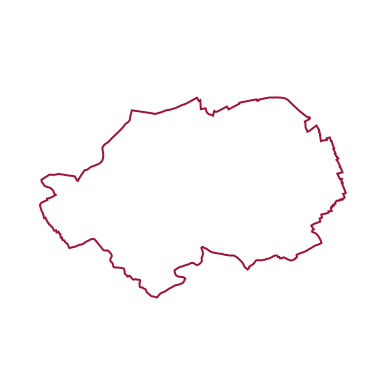 Sawaeng Ha, Ang Thong, Thailand, rotated 166°
{"feature_id": "78962969B63789793815437", "entity_name": "Sawaeng Ha", "entity_type": "district", "adm_level": 2, "iso_a3": "THA", "parent_name": "Thailand", "parent_adm1": "Ang Thong", "projection": "albers", "projection_center": [100.286, 14.749], "detail": "fine", "context": "isolated", "style": "outline", "palette": "rose", "viewbox_px": 384, "rotation_deg": 166, "n_neighbors": 0, "source": "geoboundaries", "source_scale": "gbopen_adm2", "svg_char_len": 5935}
<svg xmlns="http://www.w3.org/2000/svg" viewBox="0 0 384 384"><g transform="rotate(166 192 192)"><path d="M43.1,153.9L43.1,154.9L43.4,156.7L43.7,159.5L44.2,161.6L44.2,162.3L44.4,164.5L43.7,164.2L43.7,165.4L43.9,165.6L44.5,165.7L44.5,165.8L44.3,166.8L43.3,168.5L45.5,168.8L45.5,169.9L45.6,170.4L46.5,174.1L46.1,174.2L46.3,174.7L41.3,174.7L41.5,176.2L41.6,178.0L42.4,180.2L42.0,180.2L43.0,186.2L44.0,188.2L41.9,189.1L42.8,191.2L43.1,191.0L44.1,194.5L43.4,194.6L44.2,198.7L44.3,198.7L44.4,200.0L43.5,200.1L44.1,204.6L44.3,208.0L44.9,208.0L45.1,211.6L48.5,211.5L48.5,209.9L53.1,210.3L53.5,210.2L54.5,210.1L54.4,213.3L54.1,214.9L54.0,216.3L53.8,216.3L54.1,219.2L53.8,219.2L54.0,221.9L53.8,221.9L55.2,226.4L61.6,223.7L62.7,223.1L65.4,222.5L65.5,223.8L66.2,227.4L65.5,230.2L65.4,231.4L65.5,233.1L63.9,233.4L61.8,234.0L59.8,234.8L59.7,235.1L60.1,236.2L61.1,236.3L61.5,236.4L61.9,236.7L62.3,237.1L67.9,244.3L74.5,254.5L75.8,256.8L77.1,258.6L78.4,259.8L79.1,260.3L80.3,261.0L82.2,261.8L85.6,262.9L94.4,265.0L96.3,265.1L97.8,265.3L100.2,265.2L101.5,265.4L105.0,265.4L105.1,264.6L105.8,264.6L107.0,265.1L106.9,266.1L107.1,266.3L124.1,267.2L124.4,267.1L124.6,266.3L124.8,266.2L136.5,263.3L137.5,266.5L147.9,263.9L149.4,264.0L150.8,265.2L153.2,260.9L154.3,262.1L156.6,263.2L156.9,263.4L158.1,265.3L158.5,266.2L158.6,269.9L163.4,270.3L161.7,279.1L163.4,278.6L164.4,282.3L176.2,279.2L178.4,278.9L181.2,278.7L187.2,277.5L193.2,277.2L195.1,277.4L198.1,277.5L200.1,277.1L203.4,276.8L208.0,276.7L208.8,276.6L212.8,278.5L230.6,285.8L233.5,280.4L234.9,277.0L236.1,275.9L237.1,275.3L239.7,274.3L240.7,273.7L242.1,272.5L243.7,271.2L246.9,269.2L256.7,263.6L261.4,260.6L265.2,259.3L267.0,257.9L268.2,256.7L268.4,255.9L269.0,250.1L269.3,248.8L270.0,246.8L271.0,244.8L272.0,243.7L272.8,243.1L273.9,242.5L275.0,242.0L275.8,241.8L278.6,241.4L280.3,241.1L282.5,241.0L284.2,240.7L288.0,239.1L288.9,239.0L290.7,239.1L291.1,239.0L295.7,234.9L299.6,231.0L299.9,230.5L300.5,230.7L300.8,231.0L300.9,232.2L301.1,232.6L301.4,233.0L301.7,235.0L301.9,235.3L302.2,235.7L304.9,236.8L310.4,238.9L312.4,239.9L314.7,240.8L316.6,241.6L318.2,241.9L320.3,241.8L322.4,242.2L325.0,242.9L325.9,243.4L335.1,240.3L335.3,238.6L335.3,237.8L334.8,236.9L334.4,236.0L334.0,234.2L332.2,232.5L328.7,230.4L328.0,229.7L326.3,226.8L326.2,224.6L325.9,223.7L325.6,223.1L324.9,222.4L324.8,222.2L329.6,220.9L331.7,220.7L334.2,220.7L334.4,220.4L334.2,219.6L334.2,219.3L340.7,218.1L341.3,217.7L342.5,216.4L342.7,216.1L342.7,213.4L342.4,209.3L341.8,207.6L341.8,202.4L340.4,202.6L340.1,200.6L339.0,196.5L338.5,195.3L338.3,195.4L337.6,194.0L335.9,191.2L335.1,187.8L333.2,187.8L333.2,185.5L331.2,185.9L330.6,183.2L330.0,183.1L330.0,181.9L330.5,179.6L329.1,179.1L329.4,177.7L329.3,176.8L327.9,176.1L326.6,173.1L325.4,171.8L324.6,167.3L320.2,167.3L319.0,167.2L316.6,167.5L316.2,167.7L315.1,167.8L313.6,168.0L313.2,167.8L311.4,167.8L309.2,168.3L306.7,169.4L305.5,169.7L303.6,170.0L301.6,170.6L300.9,170.6L299.3,170.4L298.7,170.2L298.3,170.0L298.0,169.5L297.1,168.0L292.0,157.0L291.6,156.6L291.3,156.5L288.0,155.7L287.5,155.2L285.8,152.4L285.4,151.1L285.3,150.6L285.3,149.5L285.4,149.1L285.8,148.5L287.3,147.1L287.7,146.0L287.8,145.0L287.7,144.2L286.7,142.9L286.3,142.2L286.3,140.7L286.4,139.2L286.4,138.7L286.1,138.1L285.9,137.8L279.0,135.5L276.8,134.3L276.6,134.0L276.6,131.1L276.7,130.3L277.1,129.7L277.1,129.4L276.7,128.4L275.6,127.2L275.2,125.6L274.7,125.4L273.2,126.0L272.8,125.9L272.6,125.5L270.8,121.9L270.2,121.2L269.7,121.1L267.6,121.0L265.7,119.9L264.0,119.5L263.8,119.2L263.8,118.2L264.1,117.5L264.9,116.4L265.2,115.6L265.5,113.4L265.5,112.7L265.5,112.3L265.0,111.9L263.4,111.5L262.1,109.9L261.2,109.4L260.7,109.0L260.5,108.5L260.3,106.5L260.1,105.8L259.1,104.2L256.9,101.1L256.2,100.5L253.5,99.4L252.6,98.7L251.9,98.2L251.5,98.2L250.4,98.9L248.4,100.5L246.3,101.4L242.1,102.1L237.2,103.9L234.4,104.5L231.3,105.4L230.3,105.6L228.9,105.3L226.8,105.4L223.7,105.8L223.1,105.9L222.6,106.3L221.0,107.6L220.2,109.1L219.5,109.6L220.0,110.5L220.7,111.2L222.3,112.0L223.5,112.4L224.2,112.6L225.7,113.3L226.9,114.2L227.4,114.7L227.8,115.6L228.1,116.7L228.1,118.9L227.7,120.3L223.2,122.0L219.4,122.2L215.7,122.6L213.1,122.6L210.2,123.3L209.0,123.1L207.9,122.8L207.1,122.1L205.8,120.4L205.3,120.2L204.5,119.9L204.0,119.9L203.1,120.0L202.5,120.2L200.2,121.5L199.4,122.4L199.0,122.9L198.9,123.3L198.9,124.9L198.3,126.0L197.0,127.8L196.3,129.5L196.1,130.6L196.1,132.6L196.5,135.3L196.2,135.8L195.5,136.2L194.7,135.9L193.3,134.5L191.5,133.4L189.6,130.9L187.9,129.3L186.8,128.5L184.7,127.5L180.0,125.4L177.5,124.6L176.3,123.7L175.6,123.3L170.3,121.1L168.2,120.7L167.0,120.2L166.1,119.7L163.8,117.3L161.2,113.1L160.8,112.4L159.7,109.9L159.1,106.6L158.6,105.7L157.3,104.3L156.8,103.4L155.0,104.4L154.8,105.2L154.5,105.7L149.7,107.4L148.3,108.5L147.1,109.6L146.4,110.0L145.1,110.1L144.1,109.9L143.6,109.7L142.9,109.3L141.8,109.0L139.1,108.9L137.6,108.6L136.1,109.1L135.0,108.9L133.6,108.8L132.2,109.2L130.1,109.4L128.7,110.0L127.5,110.1L127.0,110.3L124.7,109.7L124.4,108.1L122.9,107.9L122.7,106.2L121.0,106.0L119.7,106.3L119.0,106.5L116.7,104.8L115.6,103.6L112.7,101.6L110.2,101.6L109.9,101.7L109.2,101.9L108.5,101.9L108.3,102.1L108.2,102.6L107.0,102.8L105.8,103.8L105.8,105.6L105.6,105.8L104.7,105.9L104.3,106.1L97.0,106.8L89.4,109.0L86.2,110.1L84.3,110.4L83.0,110.3L82.2,110.4L78.7,111.2L79.0,114.8L79.6,116.9L80.3,118.9L81.3,121.0L81.7,121.6L82.7,122.6L84.9,124.0L84.9,125.3L83.7,126.0L82.8,126.3L83.3,127.7L83.9,128.7L84.3,130.6L82.9,131.1L80.4,131.7L77.6,131.9L74.7,132.3L74.5,135.5L72.1,135.7L72.0,138.8L69.7,138.8L67.9,138.7L64.3,139.0L64.1,139.3L64.1,140.3L63.2,140.0L61.1,139.8L61.3,142.2L61.0,142.2L60.9,143.2L60.0,143.4L60.0,144.3L59.5,144.4L59.4,144.0L57.8,144.4L58.0,145.5L55.7,145.8L55.7,147.1L54.4,148.1L53.4,148.6L51.9,148.0L51.8,148.3L51.1,148.4L50.1,148.9L49.7,148.2L48.1,149.1L47.7,148.2L47.3,148.4L45.2,149.9L45.8,153.6L45.1,153.5L43.1,153.9Z" fill="none" stroke="#9f1239" stroke-width="2"/></g></svg>